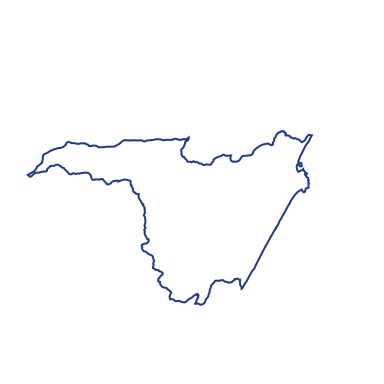 the district of Limon, Limón, Costa Rica, rotated 59°
{"feature_id": "36466004B50274844038256", "entity_name": "Limon", "entity_type": "district", "adm_level": 2, "iso_a3": "CRI", "parent_name": "Costa Rica", "parent_adm1": "Limón", "projection": "equal_earth", "projection_center": [-83.21, 9.776], "detail": "fine", "context": "isolated", "style": "outline", "palette": "blue", "viewbox_px": 384, "rotation_deg": 59, "n_neighbors": 0, "source": "geoboundaries", "source_scale": "gbopen_adm2", "svg_char_len": 6011}
<svg xmlns="http://www.w3.org/2000/svg" viewBox="0 0 384 384"><g transform="rotate(59 192 192)"><path d="M300.5,199.3L300.5,199.0L296.1,190.3L290.8,181.4L289.8,178.2L287.4,174.8L277.3,158.5L267.5,141.4L266.3,138.6L266.0,138.6L265.5,137.8L264.5,135.2L261.9,131.9L260.7,129.0L259.9,128.1L258.1,125.0L257.7,123.9L252.9,116.0L251.5,113.1L250.3,111.6L247.2,104.6L246.4,101.3L246.3,99.1L246.4,96.8L248.2,96.8L249.5,96.5L249.9,96.3L250.0,95.7L250.0,95.1L247.5,92.5L248.4,90.7L248.1,89.6L247.0,89.1L246.6,89.2L246.2,89.2L246.5,89.2L244.8,87.3L243.8,87.5L242.6,86.4L241.6,86.4L241.5,85.8L239.5,85.3L238.2,86.1L235.6,86.1L235.9,85.3L235.9,84.7L235.5,84.0L234.7,84.1L234.1,85.2L233.5,84.9L231.4,84.9L230.4,85.6L229.7,85.1L230.0,86.8L229.6,88.1L229.7,89.4L229.4,90.4L226.9,90.4L224.4,89.4L222.6,87.7L222.5,86.9L223.5,86.3L225.5,86.3L226.3,85.4L226.4,84.7L224.0,83.5L223.3,83.4L221.7,85.5L220.8,85.3L220.1,84.8L218.9,82.9L217.2,81.2L215.8,78.5L212.5,73.6L210.1,69.5L209.3,67.1L207.9,64.4L206.7,62.8L205.2,60.1L203.2,62.4L203.2,63.1L204.3,66.2L205.1,67.2L205.9,69.2L206.0,72.1L204.8,72.8L204.1,72.7L202.2,73.2L200.7,74.9L198.9,75.8L198.6,77.3L196.7,78.5L195.8,79.4L194.5,79.3L193.8,79.9L192.6,81.0L191.8,82.6L191.3,82.5L191.0,82.0L190.7,82.1L190.3,81.5L189.2,81.4L188.5,82.3L187.7,82.3L187.4,82.0L186.0,83.6L186.2,84.7L185.7,87.1L186.1,89.7L187.8,92.0L188.8,94.4L189.8,94.8L190.7,95.8L191.3,97.4L192.7,97.8L193.0,98.4L193.0,99.5L192.2,100.5L191.3,100.7L190.8,101.3L189.6,101.9L188.0,106.1L187.5,108.6L187.7,114.3L188.2,116.8L188.8,118.4L190.1,119.7L190.7,121.6L190.4,123.4L188.3,128.0L187.6,129.0L187.3,130.0L187.5,131.4L189.3,135.2L189.0,138.4L187.4,140.5L187.0,141.5L185.0,142.4L183.0,141.8L181.4,140.6L180.8,139.8L178.5,144.2L176.4,145.6L176.0,146.4L176.2,148.9L175.3,151.5L175.1,153.5L175.2,156.5L175.4,156.9L176.4,157.5L177.1,159.6L178.0,160.9L178.1,162.3L175.7,165.6L175.2,167.5L174.7,168.3L172.2,169.7L171.7,170.7L169.4,172.0L168.4,172.8L168.1,173.8L166.7,174.7L166.3,175.3L166.4,177.0L165.6,177.5L163.6,180.3L161.8,180.1L159.3,180.8L158.2,180.6L157.8,180.8L157.4,181.6L156.3,181.8L154.0,181.6L152.3,180.4L150.9,180.1L150.3,179.5L149.9,178.6L149.3,176.1L148.6,175.5L148.2,174.6L147.2,173.6L146.7,172.8L145.7,172.2L145.5,171.4L145.6,169.4L145.4,168.7L144.2,167.0L143.6,166.7L143.9,168.3L143.7,170.7L142.5,171.3L141.9,173.6L141.0,175.9L139.8,176.8L137.7,178.9L137.3,180.0L137.1,182.2L134.0,187.3L133.5,188.2L133.2,189.6L132.7,190.2L132.2,190.4L130.6,192.0L128.5,195.2L127.3,198.5L125.0,203.4L124.4,205.1L124.2,206.9L121.6,208.7L119.9,212.0L118.6,213.8L114.8,220.4L112.7,223.3L112.6,226.2L113.4,229.9L113.2,230.8L113.3,232.4L112.9,235.6L109.5,241.4L108.7,243.0L108.4,244.2L107.5,245.6L106.9,246.9L106.1,247.7L105.4,249.2L103.9,249.8L102.8,250.5L102.1,251.7L101.3,252.5L100.9,254.3L99.7,256.4L99.3,256.7L97.8,256.7L96.6,258.1L95.1,258.5L94.5,260.1L92.9,262.4L92.4,264.4L91.8,265.3L88.9,268.5L88.0,270.1L86.7,271.0L85.2,272.4L85.1,273.2L85.3,274.1L85.6,274.9L86.3,275.4L86.5,275.7L87.1,279.5L86.4,282.3L85.4,284.0L85.0,286.2L84.3,288.4L84.0,291.8L83.8,292.4L83.9,296.3L83.5,298.3L83.6,299.7L84.0,300.9L87.4,303.3L89.3,305.2L90.0,306.5L90.4,311.5L92.0,314.1L93.0,316.4L92.8,319.1L92.9,320.3L92.8,323.9L95.4,323.0L95.7,322.6L95.8,321.3L95.2,319.0L95.0,317.4L95.0,316.2L96.7,312.9L97.0,311.2L98.0,308.7L99.2,306.6L99.1,305.3L97.8,304.4L97.6,303.9L97.3,301.4L96.9,300.7L96.9,299.7L97.2,298.9L98.4,297.2L98.6,295.1L99.3,293.1L99.7,292.7L100.9,292.2L101.8,291.5L104.4,290.6L105.4,289.5L107.6,289.3L110.8,288.3L113.0,288.1L113.8,287.7L114.5,286.7L114.7,284.1L116.8,282.2L117.4,280.2L118.4,278.7L118.8,276.9L119.4,275.9L120.0,274.1L121.7,271.7L123.0,270.7L124.7,270.3L126.0,270.3L128.3,271.0L129.9,271.1L130.8,270.2L131.7,267.8L133.6,265.1L134.0,263.3L134.9,262.0L140.9,261.0L142.4,260.1L142.8,257.2L142.2,256.0L142.1,254.7L142.9,252.0L143.9,249.7L144.6,249.4L145.1,248.7L145.2,248.9L145.9,245.1L146.9,242.8L150.6,239.0L151.6,239.2L152.2,239.8L154.3,240.8L154.8,240.8L155.3,240.4L155.9,240.9L158.4,240.9L160.0,241.7L161.0,241.9L162.3,241.8L163.2,241.1L164.7,241.0L165.8,239.3L166.4,238.7L167.8,239.8L169.4,240.6L172.7,240.6L174.7,240.8L177.5,240.1L177.6,240.9L181.0,240.7L181.8,240.9L182.2,241.5L183.6,242.0L184.2,242.6L185.7,242.9L186.0,243.9L187.1,245.2L189.3,245.3L192.1,246.4L194.5,247.9L195.4,249.2L196.2,249.9L197.0,250.2L198.3,250.2L199.0,250.6L199.7,252.2L200.1,252.7L201.8,252.8L203.1,254.1L204.5,254.1L205.3,254.5L206.5,254.3L208.8,254.7L209.5,254.4L209.9,253.7L210.7,253.7L211.3,254.0L212.7,256.3L212.5,257.8L211.8,259.7L211.5,261.5L211.6,262.2L212.1,262.9L213.9,263.1L214.4,263.8L215.1,264.1L217.8,264.0L219.6,262.1L221.3,261.9L223.6,260.7L225.3,259.3L226.3,258.9L227.4,258.9L229.6,259.7L231.7,260.0L232.8,261.6L233.6,262.2L234.9,262.5L236.4,264.4L237.2,264.7L238.8,263.5L239.6,263.5L240.4,262.8L241.1,262.1L241.6,261.0L242.9,261.0L244.6,259.4L246.3,258.9L247.2,259.3L247.6,260.5L247.8,262.2L248.7,263.9L249.1,265.6L250.2,266.5L251.6,266.8L252.2,265.9L252.6,265.7L254.5,266.8L256.0,266.8L258.3,266.1L259.5,265.3L260.9,263.3L262.6,263.2L263.3,262.7L264.9,262.1L265.8,262.0L266.5,261.5L267.5,261.6L269.8,264.8L270.3,265.2L272.3,265.9L273.0,265.9L273.2,264.8L273.5,264.2L274.9,263.1L276.6,262.6L277.4,261.7L278.1,260.1L279.2,258.7L280.7,257.6L282.7,255.5L283.1,253.5L282.4,251.4L282.3,248.5L282.5,247.0L281.8,243.6L281.8,241.2L282.4,239.7L282.6,239.6L282.9,240.2L283.3,240.5L283.9,239.8L284.3,239.8L285.3,241.2L285.9,241.5L286.1,242.2L287.1,243.4L287.3,244.1L288.7,245.3L289.4,246.9L289.7,246.8L290.0,245.4L290.9,244.2L293.1,242.7L293.8,240.4L293.3,238.0L291.3,235.5L290.5,233.1L289.4,231.3L288.1,230.4L287.4,229.0L285.6,227.6L283.8,225.4L282.9,224.6L281.8,223.1L281.0,219.9L280.2,218.3L280.2,217.3L281.9,214.8L282.5,212.8L283.5,210.9L285.5,210.2L286.5,209.0L288.9,206.9L289.1,205.9L289.8,204.5L289.3,202.1L289.3,200.6L288.6,200.5L288.6,200.0L289.3,199.0L289.3,198.4L289.9,197.3L291.2,196.9L291.9,195.8L292.1,195.8L293.6,197.2L296.6,198.6L299.3,198.5L300.5,199.3Z" fill="none" stroke="#1e3a8a" stroke-width="2"/></g></svg>